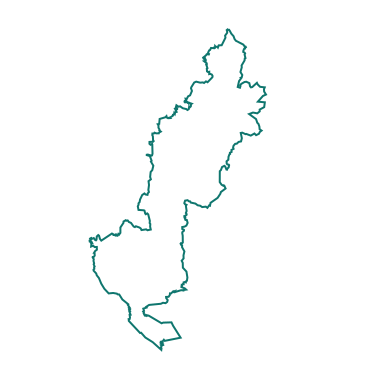 outline of Altotonga, Veracruz, Mexico, rotated 325°
{"feature_id": "50627088B58942716797711", "entity_name": "Altotonga", "entity_type": "district", "adm_level": 2, "iso_a3": "MEX", "parent_name": "Mexico", "parent_adm1": "Veracruz", "projection": "robinson", "projection_center": [-97.134, 19.765], "detail": "fine", "context": "isolated", "style": "outline", "palette": "teal", "viewbox_px": 384, "rotation_deg": 325, "n_neighbors": 0, "source": "geoboundaries", "source_scale": "gbopen_adm2", "svg_char_len": 6018}
<svg xmlns="http://www.w3.org/2000/svg" viewBox="0 0 384 384"><g transform="rotate(325 192 192)"><path d="M285.5,174.3L285.2,172.7L286.3,169.0L283.5,160.9L287.5,161.9L290.6,165.0L293.7,164.8L294.7,163.3L299.8,163.9L303.1,160.3L297.8,155.8L305.2,154.0L308.5,154.6L308.7,151.1L309.9,149.1L311.6,148.0L308.1,144.9L307.5,141.6L307.8,139.8L301.5,140.6L300.3,140.1L300.2,138.7L301.4,135.7L299.7,132.8L298.0,132.0L294.4,131.7L292.6,132.2L292.5,133.0L291.1,134.1L289.7,132.2L294.2,128.1L297.6,127.0L297.5,126.4L298.5,126.6L300.3,125.0L300.5,121.5L304.3,118.4L305.2,116.8L310.5,114.4L311.8,112.9L312.6,113.0L313.9,109.6L315.0,109.0L315.0,108.0L314.3,106.7L314.8,106.0L316.6,104.7L317.7,104.9L318.0,104.2L319.2,104.3L319.3,103.6L318.6,102.9L318.6,100.7L314.7,93.3L314.6,91.1L315.4,88.2L315.0,84.8L315.4,81.6L315.4,80.4L314.6,80.0L314.4,79.2L313.3,79.3L312.7,81.1L312.0,81.8L308.8,82.9L307.9,84.8L300.5,88.8L298.0,87.2L296.1,88.5L296.1,87.5L294.7,86.8L294.6,85.8L293.6,87.0L292.8,86.4L292.5,86.8L290.2,84.9L288.3,86.0L287.5,85.8L286.2,86.4L284.6,87.5L285.1,88.7L284.7,89.0L283.0,87.6L281.8,88.1L278.2,88.3L278.0,89.6L278.5,90.2L279.2,90.0L278.9,90.6L279.2,91.3L278.6,92.3L276.9,91.7L277.9,95.0L277.2,96.1L276.7,95.9L275.7,99.4L274.9,99.4L273.5,101.8L273.9,102.9L275.1,103.4L273.7,105.3L274.7,105.7L275.6,107.2L275.4,108.8L274.5,109.7L267.7,111.0L266.9,109.4L264.4,109.6L263.8,108.5L261.4,107.1L258.7,104.0L256.6,103.6L251.5,105.8L250.7,106.4L249.9,109.2L245.9,111.7L243.6,111.4L241.2,112.7L240.3,111.9L239.9,113.4L238.3,113.2L237.6,113.8L237.7,114.6L239.7,115.4L240.1,116.1L239.7,116.6L240.7,117.2L240.5,117.6L240.9,117.4L242.4,119.5L241.6,119.5L240.1,121.2L238.7,121.4L238.6,120.5L236.8,122.3L235.3,122.2L234.9,120.8L232.5,118.1L231.4,115.0L229.9,114.4L229.0,112.0L227.4,113.3L227.8,115.0L227.4,115.5L226.5,114.9L227.1,114.1L226.0,114.0L226.2,114.8L225.8,115.2L225.5,114.3L225.7,116.3L225.3,116.5L225.3,117.5L223.9,117.1L222.7,118.2L222.7,117.2L221.8,118.1L220.7,117.8L220.2,118.5L217.8,118.5L217.5,119.0L217.6,118.6L216.4,118.2L216.5,118.9L214.7,117.8L214.1,116.6L214.6,115.2L213.0,115.5L207.4,113.6L204.2,117.4L202.8,116.8L202.7,118.3L201.4,120.1L201.2,122.2L200.6,122.7L201.1,124.6L199.2,124.4L198.4,124.9L196.2,123.3L195.3,121.9L194.3,122.2L193.1,121.4L192.1,122.6L191.9,123.9L189.8,127.3L189.8,128.3L189.0,128.5L185.9,126.6L184.8,128.1L185.1,129.5L186.9,129.7L186.8,130.2L181.6,138.0L180.3,139.1L179.8,139.1L177.3,136.0L175.6,135.2L178.1,138.4L176.8,143.3L175.8,143.5L175.4,148.3L172.0,151.3L169.6,151.9L166.3,155.7L165.6,158.0L162.6,158.2L160.8,161.6L157.4,165.3L156.7,167.3L155.1,167.7L153.9,168.8L152.5,167.4L152.2,165.9L149.5,165.9L145.1,168.4L143.3,170.2L141.7,170.6L140.9,171.8L139.4,172.6L137.9,176.0L142.1,179.4L142.4,180.0L141.3,182.8L141.4,183.7L143.0,183.8L143.3,185.2L140.9,191.5L139.5,193.1L139.5,194.3L137.8,196.4L136.7,199.1L133.6,197.8L133.0,196.3L128.8,194.2L129.1,192.5L128.6,191.0L126.4,187.9L125.1,188.0L124.4,186.8L124.3,182.3L123.1,180.4L123.0,178.4L121.6,177.8L121.5,177.1L119.0,176.9L118.1,178.0L113.0,180.0L109.9,184.4L107.8,185.1L107.6,184.1L105.9,185.1L105.0,184.2L105.7,182.2L104.7,183.9L104.3,183.8L104.1,183.0L103.0,182.2L103.3,181.6L102.6,180.1L89.8,179.8L89.7,177.6L90.8,174.5L90.5,173.5L88.5,173.8L86.4,176.3L85.6,176.5L85.1,175.6L85.1,173.4L82.8,172.9L83.1,171.9L81.9,171.6L81.9,170.8L81.6,173.2L80.3,173.0L79.8,173.9L81.1,175.4L80.9,176.6L80.0,175.9L79.9,176.7L78.1,178.8L80.2,179.3L80.7,181.3L82.5,182.4L81.0,184.7L78.8,184.8L76.8,185.7L77.2,186.1L75.8,188.3L74.4,188.8L73.4,188.3L73.1,188.6L73.0,190.7L71.8,191.9L70.9,194.3L70.0,194.8L69.5,197.2L68.7,197.4L67.9,198.9L66.8,199.1L66.3,200.0L66.8,203.8L66.2,205.6L66.4,209.1L65.1,215.0L64.7,221.0L65.6,227.3L69.5,229.5L72.2,232.2L72.3,233.1L73.6,234.2L73.3,240.1L75.4,247.4L74.7,247.6L74.6,251.2L73.9,250.9L73.8,252.5L73.1,252.2L72.8,254.1L72.2,253.8L71.3,257.2L70.8,256.9L70.9,256.0L69.1,259.4L68.0,260.3L67.2,259.8L66.3,261.4L68.6,277.7L69.6,278.1L70.3,284.4L73.7,292.5L76.3,303.7L77.4,302.5L77.2,301.5L78.9,300.7L78.8,299.9L80.1,300.5L79.8,299.0L80.6,299.4L80.3,297.8L81.3,298.3L81.1,297.0L82.3,297.5L84.2,296.9L84.3,298.3L99.1,304.8L99.8,290.7L100.4,287.0L93.5,282.5L91.8,282.1L85.7,268.6L85.0,267.7L84.0,267.6L84.1,266.8L83.0,266.6L83.1,265.8L82.5,265.8L82.8,263.7L83.4,263.3L83.4,261.9L84.5,261.9L85.2,259.6L88.5,260.6L88.5,259.8L92.1,259.9L102.4,265.7L104.7,266.1L106.6,267.9L108.6,267.8L110.1,266.6L110.0,264.1L110.6,263.1L112.7,264.4L114.7,263.7L115.8,262.4L116.7,263.1L119.6,262.6L119.7,263.4L120.6,263.3L120.6,264.1L121.6,263.9L121.3,264.4L126.8,266.2L128.2,267.5L128.3,267.2L131.2,268.6L130.8,266.8L128.8,263.8L130.0,262.5L130.2,263.0L131.5,262.1L132.3,262.7L133.3,261.2L134.5,261.6L135.1,262.5L135.9,261.7L136.9,261.8L139.2,259.4L141.8,254.0L141.1,248.8L143.8,244.7L144.1,242.4L147.0,241.6L148.7,239.0L151.7,236.3L152.2,231.5L153.2,230.2L152.8,229.3L153.0,227.8L153.7,227.6L154.4,228.4L155.5,228.1L159.3,222.5L160.5,219.9L161.2,219.3L163.2,219.1L163.7,218.3L162.8,216.7L163.9,215.1L166.1,216.1L168.1,216.3L170.7,214.8L171.7,212.0L170.6,211.1L171.3,208.3L171.6,207.8L172.1,208.6L172.6,207.5L174.4,207.6L174.9,207.1L174.9,205.7L176.7,204.5L179.1,199.7L180.1,199.4L179.3,197.9L179.3,196.7L181.4,195.1L183.7,196.2L184.1,197.8L185.1,198.7L184.9,199.9L188.2,203.5L189.0,206.1L190.8,207.9L191.7,210.2L194.9,211.9L195.5,213.8L198.5,212.8L198.9,213.5L201.0,211.5L209.6,211.5L214.2,209.7L215.6,208.6L221.5,208.4L222.1,205.3L221.8,204.7L221.2,204.8L220.4,203.0L220.4,199.8L226.7,190.9L228.3,190.6L230.9,188.8L233.5,189.1L233.8,190.1L233.1,193.4L233.6,193.8L234.3,193.1L236.1,192.9L237.8,191.3L237.8,190.7L236.8,189.7L236.7,188.7L237.9,186.7L240.3,186.4L242.1,184.1L244.3,182.6L245.0,182.7L245.6,181.6L247.4,181.9L248.4,180.2L250.8,180.5L251.2,179.1L252.6,177.9L255.0,177.3L256.4,178.1L258.9,177.7L261.2,178.7L263.7,176.5L265.8,171.6L267.2,172.2L269.0,175.3L269.7,175.5L272.5,179.5L276.7,179.9L277.1,182.2L280.2,182.7L282.0,181.7L284.2,181.6L283.4,179.4L284.8,176.9L285.5,174.3Z" fill="none" stroke="#0f766e" stroke-width="2"/></g></svg>